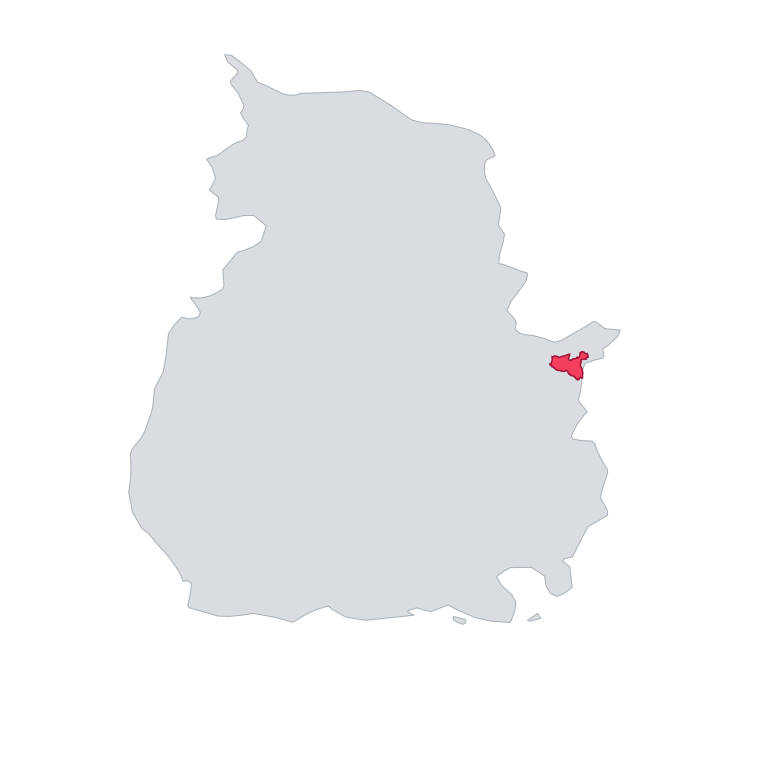 Svay Chrum, Svay Rieng, Cambodia shown in context, rotated 288°
{"feature_id": "14789045B97733863188211", "entity_name": "Svay Chrum", "entity_type": "district", "adm_level": 2, "iso_a3": "KHM", "parent_name": "Cambodia", "parent_adm1": "Svay Rieng", "projection": "robinson", "projection_center": [105.695, 11.124], "detail": "fine", "context": "in_parent", "style": "filled", "palette": "rose", "viewbox_px": 768, "rotation_deg": 288, "n_neighbors": 0, "source": "geoboundaries", "source_scale": "gbopen_adm2", "svg_char_len": 7543}
<svg xmlns="http://www.w3.org/2000/svg" viewBox="0 0 768 768"><g transform="rotate(288 384 384)"><path d="M647.9,130.8L649.5,137.3L645.2,149.6L640.6,160.7L632.0,170.5L631.5,177.6L628.6,199.0L629.8,205.8L631.8,211.6L634.6,214.8L642.2,235.7L649.1,254.7L655.8,270.4L657.0,280.3L650.9,305.3L643.7,328.3L644.3,339.8L647.5,351.3L650.8,366.6L652.1,386.1L650.3,398.9L647.0,406.8L640.8,415.0L635.3,419.1L628.8,412.2L623.6,411.9L616.6,414.0L611.1,417.2L599.9,429.1L587.5,440.7L570.3,443.7L563.7,452.3L556.5,453.5L542.9,453.9L534.0,455.9L534.5,460.2L533.7,480.7L533.9,485.5L532.5,486.7L526.4,487.4L516.0,484.2L501.9,479.2L491.8,478.4L486.7,487.3L483.6,490.8L479.8,491.3L475.8,492.9L474.5,496.9L474.2,501.8L476.1,510.3L476.8,523.8L476.3,533.1L480.0,538.9L501.6,558.5L507.9,563.4L508.6,566.3L504.9,577.0L508.2,592.0L501.5,591.7L490.2,585.2L484.8,581.3L478.3,584.5L476.1,583.9L471.6,576.5L465.9,569.0L459.9,568.5L447.4,571.4L434.6,573.5L429.7,573.5L427.7,574.8L420.2,586.0L417.1,584.1L404.2,579.9L392.4,578.2L390.0,581.1L391.4,590.3L394.0,599.2L392.4,603.0L386.0,607.6L377.4,616.1L372.1,622.7L368.5,624.3L355.5,624.0L342.5,624.9L337.2,631.1L332.4,635.9L328.1,637.2L311.2,621.9L277.5,616.5L273.8,609.8L270.6,608.4L267.5,617.2L248.9,625.7L241.2,620.6L235.5,614.4L236.4,606.8L241.7,600.7L250.9,596.2L255.2,580.7L248.3,560.8L242.1,555.1L235.7,550.5L228.8,557.9L223.1,570.5L217.1,577.0L208.6,578.5L196.3,577.9L191.5,559.1L190.0,542.9L191.7,524.4L193.6,513.4L181.7,498.3L181.1,484.0L175.4,476.5L173.7,480.3L173.8,484.4L172.2,481.4L153.5,439.2L150.5,419.7L153.7,404.6L155.6,399.6L150.2,391.6L142.6,382.6L129.2,370.8L128.4,352.1L125.4,330.1L121.4,322.7L115.3,309.1L112.0,297.9L111.0,268.2L112.7,265.8L122.2,264.9L134.4,262.8L136.4,258.0L134.2,254.1L142.1,247.3L153.3,232.6L162.0,217.2L168.3,207.5L172.1,197.8L184.7,184.2L202.1,174.7L213.8,172.5L226.1,169.3L237.9,164.7L243.5,164.3L258.1,169.8L266.0,171.2L274.2,171.2L282.8,171.7L290.3,171.2L308.2,167.3L327.2,170.4L344.1,167.9L365.1,163.5L375.4,166.3L384.8,170.8L386.1,179.8L388.3,183.9L391.4,187.1L395.6,187.1L400.9,180.8L405.4,174.3L406.8,173.1L407.1,176.3L409.3,183.4L413.3,190.3L417.3,194.9L424.1,201.0L428.4,201.3L442.8,195.5L464.3,203.9L466.8,208.2L473.7,216.7L481.3,222.9L498.0,223.2L504.0,208.2L501.1,199.0L491.6,182.9L489.0,173.5L492.0,171.8L508.2,170.0L510.8,168.2L514.4,157.8L518.8,159.0L527.8,160.3L537.3,153.2L542.9,145.8L545.9,149.1L549.3,154.4L553.0,157.4L559.8,161.9L567.3,168.2L572.0,174.4L575.8,176.8L585.4,175.1L588.0,175.3L593.5,167.8L597.5,163.7L600.8,164.9L605.6,164.8L615.7,155.2L621.4,146.5L624.5,144.1L633.5,148.5L637.1,147.6L642.3,135.5L647.9,130.8ZM185.2,534.2L183.4,535.3L181.6,535.2L179.9,533.5L180.1,526.7L181.4,522.6L184.4,521.8L185.2,534.2ZM213.3,601.0L209.5,605.5L203.5,596.1L203.6,593.5L213.3,601.0Z" fill="#d9dde1" stroke="#a8b0b8" stroke-width="1"/><path d="M451.2,570.9L451.3,570.8L451.9,570.7L454.1,570.0L454.5,569.9L455.8,569.6L456.2,569.5L456.8,569.2L458.1,568.4L458.8,568.1L459.1,567.9L459.3,567.7L459.7,567.5L460.0,567.2L460.1,566.9L460.3,566.8L460.4,566.7L460.8,566.2L461.3,565.8L461.6,565.6L461.9,565.4L462.1,565.2L462.8,564.9L463.0,564.9L463.3,564.8L463.5,564.7L464.1,564.6L464.5,564.6L464.9,564.6L465.1,564.7L465.3,564.6L465.6,564.8L465.8,564.6L466.4,564.4L466.9,564.2L467.3,564.1L467.6,564.1L467.8,564.0L468.0,563.9L468.3,564.0L469.6,567.5L470.2,568.6L470.6,568.1L470.8,567.9L471.1,567.9L471.3,568.0L471.5,568.2L471.7,568.4L471.8,568.7L471.9,569.1L472.2,569.6L472.4,569.7L472.6,569.8L472.9,569.8L473.0,569.7L473.3,569.6L473.9,569.1L474.2,569.0L474.4,568.9L474.9,568.8L475.2,568.5L475.5,568.1L475.8,567.9L475.7,567.7L475.3,567.4L475.2,567.2L475.1,566.8L475.1,566.6L475.4,566.1L475.5,565.8L475.5,565.5L475.5,565.3L475.6,565.1L475.7,564.9L475.7,564.7L475.8,564.7L476.0,564.5L476.0,564.4L476.1,564.2L476.0,563.7L476.1,563.3L476.1,563.1L475.7,562.7L475.8,562.6L475.9,562.4L475.8,562.2L475.3,561.6L475.1,561.5L475.0,561.4L474.8,561.2L474.7,561.1L474.4,561.2L474.2,561.1L474.1,560.9L473.9,560.8L473.7,561.0L473.4,561.4L471.2,561.3L470.5,561.4L470.1,561.4L469.4,561.3L469.2,561.2L469.1,560.9L469.1,560.5L469.3,560.3L469.3,560.1L469.3,559.9L469.2,559.8L469.2,559.6L469.2,559.4L468.8,559.2L468.7,559.2L468.4,559.4L468.3,559.0L468.2,558.9L467.6,558.7L467.3,558.4L467.2,558.1L467.1,557.8L467.0,557.7L466.8,557.5L466.8,557.3L466.6,557.1L466.6,556.8L466.6,556.6L466.6,556.3L466.5,556.0L466.5,555.9L465.8,555.6L465.2,555.3L464.9,555.2L464.9,554.9L464.7,554.5L464.5,554.2L464.3,554.0L464.0,553.7L464.1,552.9L464.2,552.6L464.4,552.0L464.5,551.9L464.9,551.7L465.0,551.6L465.3,551.6L465.7,551.3L466.0,551.3L466.3,551.4L466.6,551.5L467.0,551.7L467.4,551.8L467.9,551.8L468.3,551.7L468.5,551.6L468.8,551.3L469.3,551.4L469.5,551.4L469.8,551.3L469.7,551.2L469.4,550.8L469.4,550.6L469.1,550.2L468.8,549.8L468.6,549.5L468.3,549.2L467.9,548.8L467.7,548.5L467.5,548.3L467.3,548.1L467.2,547.9L467.0,547.7L466.5,546.8L466.3,546.4L466.1,546.1L466.0,545.9L465.8,545.6L465.6,545.3L465.3,545.0L465.2,544.8L465.1,544.5L464.9,544.4L464.7,544.2L464.5,543.8L464.4,543.7L464.0,543.4L463.8,543.0L463.7,542.9L463.6,542.6L463.5,542.4L463.3,542.3L463.4,541.8L463.6,541.5L463.7,541.1L463.8,540.9L463.7,540.2L463.8,539.5L463.8,539.4L463.8,539.2L463.7,539.0L463.5,538.7L463.3,538.3L463.1,538.1L463.2,537.8L463.2,537.7L463.3,537.6L463.3,537.4L463.1,537.1L462.6,536.8L462.3,536.7L462.2,536.5L462.1,536.3L462.0,536.1L462.0,535.5L461.8,535.6L461.6,535.8L461.3,535.8L461.0,535.7L460.7,535.7L460.5,535.8L460.4,536.0L460.2,536.2L459.9,536.3L459.4,536.4L457.9,536.6L457.6,536.6L457.2,536.6L456.9,536.6L456.7,536.6L456.2,536.5L455.9,536.5L455.4,536.6L455.2,536.6L455.0,536.4L454.8,536.2L454.7,536.0L454.5,535.6L454.3,535.5L454.1,535.6L453.7,536.0L453.3,536.3L453.2,536.4L453.3,536.5L453.5,536.6L453.6,536.8L453.5,537.2L453.3,537.5L453.2,537.8L452.9,538.1L452.6,538.1L452.4,538.2L452.3,538.3L452.3,538.6L452.4,539.3L452.4,539.5L452.2,540.1L451.9,540.6L451.8,540.9L451.5,541.3L451.4,541.8L451.3,542.0L451.0,543.0L450.9,543.1L450.8,543.5L450.7,543.7L450.7,543.8L450.8,543.9L450.7,544.0L450.5,544.3L450.5,544.5L450.7,544.8L450.7,545.3L450.8,545.8L450.8,546.0L451.0,546.3L451.0,546.5L451.1,546.8L451.1,547.0L451.2,547.5L451.2,547.9L451.3,548.0L451.2,548.3L451.1,548.5L451.3,548.8L451.2,548.9L451.2,549.0L451.2,549.3L451.2,549.5L451.2,550.1L451.3,550.3L451.4,550.6L451.5,550.9L451.5,551.0L451.7,551.5L451.8,551.8L452.1,551.9L452.2,552.1L452.3,552.2L452.5,552.4L452.7,552.5L452.8,552.6L452.8,552.8L453.2,553.0L453.3,553.3L453.5,553.4L453.5,553.5L453.4,553.8L453.2,554.0L452.8,554.3L452.7,554.6L452.5,554.8L452.4,555.0L452.0,555.3L451.9,555.4L451.6,555.6L451.5,555.8L451.2,556.0L451.1,556.3L451.0,556.5L450.9,556.6L450.8,556.8L450.7,556.8L450.6,557.0L450.5,557.4L450.5,557.5L450.4,557.5L450.4,557.8L450.1,558.2L450.1,558.3L450.3,558.6L450.2,558.7L450.2,558.8L450.0,559.1L449.9,559.3L450.1,559.6L450.2,559.9L450.1,560.1L450.0,560.4L450.1,560.7L450.2,561.0L450.1,561.4L450.2,561.5L450.0,561.9L450.0,562.0L449.9,562.1L449.9,562.4L449.7,562.5L449.7,562.8L449.6,563.0L449.4,563.1L449.3,563.4L449.3,563.7L449.4,563.9L449.3,564.2L449.2,564.2L449.1,564.3L448.9,564.4L448.7,564.5L448.8,564.7L448.8,564.8L448.7,565.0L448.4,565.1L448.3,565.4L448.3,565.5L448.3,565.8L448.2,565.9L448.2,566.0L447.9,566.3L447.8,566.5L447.7,566.6L447.7,566.8L447.8,567.0L448.0,567.1L448.1,567.3L448.3,567.6L448.9,567.8L449.0,567.9L449.1,568.1L449.6,568.1L449.8,568.0L450.1,568.1L450.4,568.3L450.7,568.3L451.0,568.7L450.9,569.2L450.9,569.5L450.6,569.8L450.7,570.1L450.8,570.4L450.9,570.6L451.2,570.9Z" fill="#f43f5e" stroke="#9f1239" stroke-width="1.5"/></g></svg>